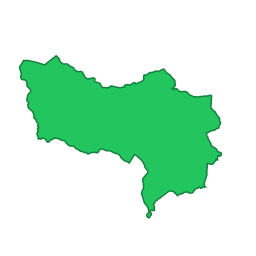 Huitzilan de Serdán, Puebla, Mexico (Albers equal-area conic projection), rotated 255°
{"feature_id": "50627088B1220406486190", "entity_name": "Huitzilan de Serdán", "entity_type": "district", "adm_level": 2, "iso_a3": "MEX", "parent_name": "Mexico", "parent_adm1": "Puebla", "projection": "albers", "projection_center": [-97.714, 19.944], "detail": "fine", "context": "isolated", "style": "filled", "palette": "green", "viewbox_px": 256, "rotation_deg": 255, "n_neighbors": 0, "source": "geoboundaries", "source_scale": "gbopen_adm2", "svg_char_len": 5822}
<svg xmlns="http://www.w3.org/2000/svg" viewBox="0 0 256 256"><g transform="rotate(255 128 128)"><path d="M73.9,206.3L74.2,206.5L75.4,206.4L76.2,206.6L77.9,207.8L78.2,208.1L77.7,208.3L77.1,208.9L77.2,210.1L77.6,210.9L77.9,211.2L79.5,211.7L80.6,210.7L81.3,209.4L81.9,208.8L82.7,208.3L84.9,207.9L86.9,206.2L87.9,204.9L89.3,204.0L91.3,203.9L92.3,204.0L92.9,203.5L95.0,203.2L96.5,202.5L97.0,202.5L97.9,202.8L98.4,202.8L99.9,202.2L101.0,202.2L101.8,202.1L102.5,202.6L102.6,202.9L103.4,205.8L103.3,206.3L103.8,207.5L103.9,208.4L103.5,209.8L103.6,210.8L103.8,211.9L104.5,213.6L104.4,215.4L105.0,216.0L105.7,216.0L107.9,218.1L108.5,218.6L109.7,218.8L110.5,218.5L111.6,218.3L113.4,219.0L114.3,218.8L115.7,218.1L115.9,217.9L116.5,217.6L120.4,216.4L121.1,216.4L121.5,215.7L122.1,215.3L123.0,214.7L124.4,214.3L125.9,213.2L137.1,217.0L137.8,216.9L138.1,216.5L138.5,215.0L138.2,213.8L138.5,213.1L138.4,212.3L138.6,212.0L138.4,211.7L139.3,209.3L139.2,207.8L139.8,205.3L139.8,203.8L139.6,203.4L139.6,203.1L140.0,202.8L140.5,202.1L141.2,199.6L144.0,196.1L145.6,195.1L146.8,194.8L147.3,194.3L147.7,193.6L148.7,192.6L148.8,191.1L149.4,188.6L150.1,187.2L150.4,186.7L150.9,186.4L152.0,186.1L152.8,185.6L153.8,184.2L153.9,183.4L153.6,182.8L153.3,182.6L153.2,182.2L153.5,181.2L154.0,180.9L154.6,181.0L155.0,181.7L155.2,182.4L156.5,184.2L157.2,184.8L157.5,185.0L159.5,185.0L161.0,185.5L161.5,185.4L162.6,185.3L162.9,184.9L163.4,184.7L163.8,184.2L164.4,184.2L164.7,183.7L166.4,183.1L168.6,182.1L171.1,179.8L171.9,179.3L173.5,178.7L175.6,177.8L175.7,177.2L175.6,176.0L174.7,172.4L175.2,171.1L175.5,170.8L175.8,169.9L175.5,168.2L175.4,165.9L175.8,164.4L175.5,161.9L174.9,160.9L174.6,159.8L174.5,159.1L174.8,158.0L175.1,157.7L175.1,157.3L173.5,156.3L171.5,156.1L170.4,155.3L169.2,152.9L169.2,150.3L168.7,148.3L168.6,146.9L169.6,146.5L170.1,146.0L170.2,145.6L170.2,145.0L169.7,143.7L169.7,143.2L169.3,142.1L168.9,141.6L168.8,140.8L169.1,140.7L169.3,140.0L170.0,139.1L170.2,138.0L170.2,136.9L170.0,135.9L169.7,135.5L168.6,135.2L169.0,134.7L168.7,133.5L168.9,130.3L169.9,128.7L170.8,126.5L172.4,123.9L173.1,122.4L172.4,121.0L172.1,119.2L172.1,118.2L172.7,117.0L173.7,113.8L174.3,113.4L176.9,112.7L177.5,112.7L178.1,112.5L178.7,111.9L181.4,108.0L182.1,107.9L183.9,108.8L184.4,108.8L185.3,107.6L185.7,105.4L185.5,104.1L185.6,103.0L185.8,102.2L186.3,101.3L187.7,99.9L193.2,98.5L194.4,98.0L194.9,96.8L195.3,94.3L195.8,93.4L197.0,92.5L197.5,91.9L198.5,91.0L199.1,91.2L200.6,90.8L201.0,90.0L202.8,88.1L205.3,86.1L205.9,85.2L206.3,82.5L207.3,81.2L209.7,79.6L210.4,79.4L212.2,79.6L212.7,79.4L214.4,78.4L215.3,78.2L216.3,77.2L210.5,63.7L214.9,57.0L219.2,48.6L220.2,44.4L218.9,43.6L218.2,42.4L216.8,41.3L215.8,39.7L214.9,39.1L214.0,38.9L207.7,38.9L206.5,38.3L205.4,37.6L204.6,37.4L202.7,37.8L202.3,38.2L201.0,40.9L200.6,41.4L199.8,42.0L199.2,42.1L197.7,42.0L196.7,41.8L195.7,41.4L194.8,41.4L194.0,41.6L191.2,43.2L189.7,43.8L188.9,43.7L188.2,43.2L186.7,40.7L185.8,39.8L182.3,37.9L180.6,37.3L179.1,38.4L178.7,38.6L178.0,38.4L177.4,38.1L176.6,37.2L173.2,37.0L168.7,40.0L167.3,40.4L165.8,40.3L164.9,40.5L162.9,39.9L162.0,39.8L161.2,40.1L160.8,41.2L159.0,41.0L158.2,41.4L157.0,41.5L155.8,42.0L154.4,42.0L153.6,41.3L152.7,41.2L152.3,41.3L151.8,42.0L151.4,42.0L150.8,41.5L150.8,40.7L150.5,40.4L149.5,40.2L148.8,40.4L148.3,40.3L146.0,38.5L144.9,38.5L142.0,39.1L141.5,38.9L141.1,38.4L140.4,39.0L140.6,41.3L140.2,41.4L139.8,41.3L140.2,42.5L139.9,43.9L138.9,45.0L138.1,45.6L136.6,45.9L135.9,45.9L135.2,46.8L135.0,47.4L135.8,49.4L136.7,50.4L136.7,51.0L136.3,51.7L136.5,52.2L137.1,53.1L137.3,53.7L136.9,55.1L136.4,56.0L136.3,56.4L136.4,57.5L135.3,58.4L135.2,58.8L134.2,59.6L133.3,60.6L133.2,61.5L132.7,61.9L132.3,63.1L131.2,63.9L128.8,64.8L127.1,65.9L125.8,67.0L125.4,67.9L125.4,68.4L125.1,68.8L124.6,70.3L124.5,70.9L124.3,71.3L122.0,72.0L121.2,72.9L120.7,73.7L118.6,75.3L118.1,76.0L117.5,76.4L117.0,78.1L115.6,79.3L115.4,79.9L115.5,80.7L115.3,81.0L114.8,81.6L114.3,81.7L113.3,82.4L113.1,83.1L113.7,85.2L113.7,87.0L113.4,87.6L113.4,88.3L112.9,90.4L112.2,90.8L112.4,91.8L112.2,92.9L112.9,93.4L113.4,94.0L114.6,96.0L114.7,96.8L113.8,98.6L111.8,100.9L111.4,101.7L111.3,102.8L110.9,104.2L110.3,104.8L109.5,106.1L107.4,108.3L107.1,108.9L107.1,109.2L106.3,110.1L105.6,111.4L104.9,112.2L103.4,113.1L100.4,113.8L99.5,114.8L98.2,115.4L97.6,115.9L96.9,116.7L95.6,118.7L93.8,120.0L98.4,125.1L100.7,127.3L98.6,129.4L93.2,132.8L91.5,133.5L89.7,134.1L85.8,134.3L83.9,134.7L83.6,135.1L82.8,135.7L82.3,135.8L81.2,135.8L79.4,135.5L78.3,133.3L77.2,132.0L76.1,130.4L75.3,129.4L73.4,128.6L72.8,128.4L71.7,128.4L71.2,128.7L66.1,127.5L62.3,124.5L61.3,124.5L60.7,124.1L60.1,124.1L59.9,124.3L59.7,124.2L59.2,124.4L57.9,124.1L57.4,124.3L56.6,124.4L52.2,124.4L50.9,124.6L48.5,125.9L45.1,126.8L43.7,126.7L40.9,126.0L39.9,125.0L39.9,124.3L39.7,123.9L39.2,123.6L38.0,123.4L37.3,123.6L36.1,124.5L35.8,125.1L35.8,125.6L36.5,126.1L38.1,127.9L38.9,128.3L39.7,128.4L40.6,128.0L41.4,127.5L41.8,127.5L42.2,127.8L42.5,128.9L42.5,129.5L41.6,131.3L41.5,132.2L42.0,132.5L43.6,132.5L44.3,132.8L44.6,133.1L46.9,132.9L47.8,133.0L48.8,134.4L50.1,135.4L50.6,136.3L50.7,137.7L51.6,138.5L51.8,140.0L52.3,141.5L53.3,143.4L56.5,151.5L55.9,153.6L54.7,155.5L53.4,156.5L52.8,156.6L51.9,157.3L49.9,158.2L50.7,161.0L50.6,162.6L50.4,163.3L50.6,164.0L51.4,165.0L51.5,165.6L51.2,166.0L51.0,168.7L49.3,170.4L49.0,170.9L49.0,171.8L48.8,172.9L48.9,173.7L49.3,174.5L50.0,175.1L50.6,175.8L51.4,176.9L51.8,177.9L51.9,180.0L52.5,181.2L52.6,181.7L51.4,182.3L51.0,182.6L50.9,182.9L51.2,184.0L51.3,185.7L51.1,187.6L51.7,187.1L52.2,187.0L53.0,187.0L54.1,187.1L54.9,187.6L56.3,188.1L58.1,189.4L62.5,192.2L63.7,192.4L64.5,192.2L65.0,192.3L65.2,192.9L66.4,193.1L70.0,194.6L73.0,195.3L72.9,196.3L71.5,198.6L71.3,199.9L71.4,201.1L73.3,203.3L73.7,204.3L74.9,204.9L74.7,205.5L73.9,206.3Z" fill="#22c55e" stroke="#15803d" stroke-width="1.5"/></g></svg>